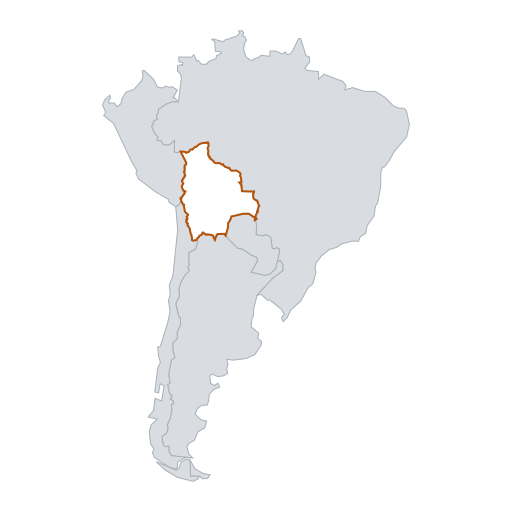 Bolivia highlighted among its neighbors
{"feature_id": "BOL", "entity_name": "Bolivia", "entity_type": "country or territory", "adm_level": 0, "iso_a3": "BOL", "parent_name": "South America", "parent_adm1": "", "projection": "robinson", "projection_center": [-65.153, -16.301], "detail": "fine", "context": "with_neighbors", "style": "outline", "palette": "amber", "viewbox_px": 512, "rotation_deg": 0, "n_neighbors": 5, "source": "natural_earth", "source_scale": "50m", "svg_char_len": 10888}
<svg xmlns="http://www.w3.org/2000/svg" viewBox="0 0 512 512"><path d="M190.0,460.2L195.1,468.8L202.4,473.1L210.1,474.9L207.6,478.4L202.4,478.8L199.6,476.3L190.4,476.1L190.0,460.2ZM257.1,295.2L253.6,308.9L253.5,316.3L252.1,318.0L251.0,326.7L258.7,333.1L257.7,338.2L261.5,341.4L261.1,345.1L254.9,354.6L245.7,358.6L233.4,360.1L226.7,359.4L228.0,363.8L226.7,369.4L227.7,373.1L224.1,375.7L217.9,376.7L212.1,374.0L209.8,375.9L210.6,383.3L214.6,385.5L217.9,383.2L219.7,387.0L214.2,389.3L209.4,393.9L208.5,401.3L207.1,405.2L201.5,405.3L197.0,409.0L195.3,414.4L201.1,419.8L206.7,421.2L204.7,427.8L197.9,431.9L194.3,440.4L189.1,443.2L186.9,446.6L188.9,454.0L192.7,458.1L171.5,455.7L169.0,451.5L168.8,446.2L165.1,446.7L162.9,444.1L162.1,436.4L166.4,433.2L168.0,428.6L167.2,424.9L170.1,418.7L171.9,409.0L171.1,404.8L173.7,403.4L173.0,400.6L170.2,399.1L172.0,396.0L169.3,393.2L167.6,384.7L170.0,383.2L168.7,374.2L171.3,360.0L174.9,357.3L172.9,350.1L172.7,343.2L177.3,338.4L177.1,332.2L180.5,324.9L180.4,318.0L178.8,316.7L175.7,303.8L179.4,296.1L178.8,288.9L180.9,282.1L185.0,275.1L189.5,270.5L187.6,267.6L188.9,265.2L188.6,252.7L195.6,249.1L197.8,241.3L197.0,239.4L202.3,232.7L210.8,234.5L214.5,239.9L217.1,233.9L224.4,234.2L237.2,248.0L242.5,249.1L250.3,254.6L256.8,257.5L257.7,260.8L251.2,272.2L264.7,275.3L269.8,274.1L275.7,268.4L276.9,261.8L280.1,260.4L283.2,264.7L282.9,270.7L273.1,277.8L257.1,295.2Z" fill="#d9dde1" stroke="#a8b0b8" stroke-width="1"/><path d="M190.0,460.2L190.4,476.1L199.6,476.3L197.8,479.1L193.2,481.3L177.4,477.4L164.4,469.6L156.3,461.6L176.5,470.4L179.3,467.2L181.0,462.3L186.0,459.3L190.0,460.2ZM180.7,201.0L183.9,206.0L184.8,211.4L188.2,214.6L186.2,221.8L189.8,230.2L192.3,240.5L197.0,239.4L197.8,241.3L195.6,249.1L188.6,252.7L188.9,265.2L187.6,267.6L189.5,270.5L185.0,275.1L180.9,282.1L178.8,288.9L179.4,296.1L175.7,303.8L178.8,316.7L180.4,318.0L180.5,324.9L177.1,332.2L177.3,338.4L172.7,343.2L172.9,350.1L174.9,357.3L171.3,360.0L168.7,374.2L170.0,383.2L167.6,384.7L169.3,393.2L172.0,396.0L170.2,399.1L173.0,400.6L173.7,403.4L171.1,404.8L171.9,409.0L170.1,418.7L167.2,424.9L168.0,428.6L166.4,433.2L162.1,436.4L162.9,444.1L165.1,446.7L168.8,446.2L169.0,451.5L171.5,455.7L190.3,457.8L185.3,457.7L177.7,462.0L177.0,468.7L174.7,468.9L168.3,466.6L154.5,457.5L152.5,453.0L153.8,448.8L150.7,444.1L149.2,431.7L151.3,424.7L157.2,419.1L148.2,417.0L153.5,410.5L155.0,398.4L161.6,400.9L164.2,385.7L160.1,383.7L158.6,392.9L154.8,391.9L157.8,367.7L160.4,362.6L158.4,355.3L157.7,346.9L160.2,346.7L167.7,322.8L170.1,311.7L168.5,300.5L170.2,294.3L169.3,285.1L172.9,276.0L177.7,229.4L175.7,206.7L179.0,204.8L180.7,201.0Z" fill="#d9dde1" stroke="#a8b0b8" stroke-width="1"/><path d="M283.1,321.7L281.5,317.5L284.4,314.0L280.9,308.9L269.8,300.0L267.4,300.2L261.3,294.4L257.1,295.2L273.1,277.8L282.9,270.7L283.2,264.7L280.1,260.4L276.9,261.8L279.2,253.1L279.3,249.0L277.0,247.7L274.6,248.9L272.2,248.5L271.0,238.8L269.8,236.6L265.5,234.6L262.9,236.0L256.1,234.6L256.6,224.5L254.8,220.3L256.8,218.8L256.2,214.6L258.0,211.3L259.2,205.4L257.7,200.8L254.2,198.7L253.6,195.7L254.5,191.4L242.1,191.1L239.6,182.4L241.5,182.3L239.9,172.6L236.1,170.4L232.0,170.5L224.9,166.8L222.3,164.0L215.0,162.8L207.9,156.1L208.3,142.7L199.8,143.9L190.6,149.7L189.1,152.0L180.9,151.5L177.2,152.8L174.2,152.0L174.6,140.6L169.2,145.0L163.4,144.8L160.9,140.9L156.6,140.4L158.0,137.2L154.3,132.7L151.5,126.0L153.2,124.6L153.2,121.4L157.2,119.3L156.5,115.3L158.2,112.7L158.6,109.2L166.1,104.1L172.4,101.6L178.4,101.9L181.4,78.2L180.4,73.9L177.5,71.2L177.5,65.8L181.2,64.6L182.5,65.3L182.8,62.5L178.9,61.7L178.8,57.0L191.7,57.2L193.8,54.6L197.0,61.4L198.2,60.5L201.8,64.4L206.9,64.0L208.2,61.7L215.8,58.7L216.6,55.5L221.3,53.4L220.9,51.9L215.4,51.2L214.7,41.5L211.8,39.6L213.0,38.9L223.1,41.7L225.0,40.0L237.1,36.0L239.5,33.2L238.6,31.0L242.0,30.7L243.6,32.4L242.7,35.7L245.0,36.8L246.5,40.3L244.7,42.9L243.6,49.3L245.8,56.5L249.9,60.0L253.1,60.4L253.8,58.9L258.9,57.3L261.0,55.3L269.9,56.3L270.0,51.1L275.8,51.0L282.4,54.1L284.5,52.1L285.9,52.4L286.8,54.5L290.0,54.0L292.5,51.2L298.4,38.8L300.6,38.5L306.0,55.7L309.5,56.9L309.7,62.0L304.8,68.2L306.8,70.4L318.5,71.6L318.7,79.1L323.7,74.2L342.9,81.4L346.1,85.8L345.0,89.9L352.7,87.6L365.5,91.6L375.3,91.3L385.0,97.4L393.3,105.8L398.4,108.0L404.0,108.3L406.4,110.6L409.4,124.6L406.6,136.9L393.7,152.2L389.3,160.6L384.3,167.1L382.6,167.2L380.7,172.7L380.7,186.7L377.6,203.1L375.5,206.1L374.0,216.0L367.1,225.8L365.7,233.5L360.3,236.7L358.6,241.2L351.6,241.2L341.4,244.0L336.8,247.3L329.5,249.5L321.8,255.5L316.1,262.9L315.0,268.4L315.9,272.6L312.8,283.7L308.2,287.8L300.7,301.0L290.5,310.4L287.3,317.5L283.1,321.7Z" fill="#d9dde1" stroke="#a8b0b8" stroke-width="1"/><path d="M178.4,101.9L172.4,101.6L166.1,104.1L158.6,109.2L158.2,112.7L156.5,115.3L157.2,119.3L153.2,121.4L153.2,124.6L151.5,126.0L154.3,132.7L158.0,137.2L156.6,140.4L160.9,140.9L163.4,144.8L169.2,145.0L174.6,140.6L174.2,152.0L177.2,152.8L180.9,151.5L186.6,163.5L185.2,166.1L184.8,177.7L182.2,181.4L183.4,184.1L181.9,186.7L184.8,192.9L179.0,204.8L175.7,206.7L169.1,202.4L168.5,199.4L155.6,191.9L138.7,179.1L135.9,173.0L137.0,170.8L131.3,161.0L113.6,123.5L103.7,115.6L105.8,112.3L102.6,105.2L104.6,99.9L109.8,95.2L110.6,98.3L108.7,100.1L108.9,102.9L114.3,103.1L117.1,106.8L120.8,103.8L122.0,98.7L126.0,92.2L133.9,89.3L141.1,81.5L143.1,76.6L142.2,71.0L144.0,70.3L153.5,79.2L157.4,87.1L162.3,88.0L165.9,86.0L168.3,87.3L172.3,86.7L177.3,90.2L173.1,97.8L175.1,97.9L178.4,101.9Z" fill="#d9dde1" stroke="#a8b0b8" stroke-width="1"/><path d="M254.7,218.0L256.6,224.5L256.1,234.6L262.9,236.0L265.5,234.6L269.8,236.6L271.0,238.8L272.2,248.5L274.6,248.9L277.0,247.7L279.3,249.0L279.2,253.1L275.7,268.4L269.8,274.1L264.7,275.3L251.2,272.2L257.7,260.8L256.8,257.5L250.3,254.6L242.5,249.1L237.2,248.0L225.5,235.8L228.0,226.9L228.2,222.9L231.4,216.3L242.7,214.1L248.7,214.2L254.7,218.0Z" fill="#d9dde1" stroke="#a8b0b8" stroke-width="1"/><path d="M181.2,200.4L181.2,200.1L181.2,199.5L180.9,199.1L180.5,198.8L180.3,198.5L180.5,198.1L181.3,197.4L181.7,197.3L181.8,196.9L182.1,196.7L182.8,195.6L183.2,194.9L183.7,194.5L184.2,194.2L184.4,194.0L184.3,193.2L184.3,192.7L184.5,192.4L185.0,192.1L185.4,191.8L185.5,191.7L185.1,191.1L184.2,190.8L183.6,190.8L183.3,190.6L183.1,190.3L181.9,187.2L181.7,186.5L181.8,186.2L182.5,184.7L182.8,184.2L183.3,183.5L183.2,183.2L182.3,182.0L182.0,181.5L182.0,180.9L182.1,180.2L182.6,179.8L182.8,179.3L182.9,178.7L183.1,178.5L183.4,178.2L183.7,177.8L184.1,177.4L184.4,177.1L184.4,176.2L184.6,176.0L185.2,175.8L185.3,175.5L185.1,175.0L184.8,174.4L184.6,174.1L184.3,172.6L183.9,171.9L184.1,171.6L184.3,171.2L184.5,170.5L184.6,169.7L184.5,166.5L184.5,165.9L184.8,165.5L185.3,165.0L185.6,164.8L186.0,164.5L185.9,163.9L186.2,163.5L186.4,163.1L185.6,161.4L184.8,159.8L184.1,158.4L183.2,156.8L182.7,155.7L182.0,154.3L181.4,153.2L180.6,151.5L181.3,151.5L182.8,151.6L184.3,151.8L185.3,152.0L185.8,152.2L185.9,152.6L186.1,152.8L186.5,152.7L186.8,152.7L187.6,152.3L188.3,152.0L188.9,151.7L189.2,151.4L189.9,150.3L190.4,149.7L190.9,149.5L192.0,149.4L192.3,149.6L192.7,149.5L193.1,148.9L193.6,148.2L194.7,147.3L195.3,147.1L195.6,146.8L196.2,146.8L196.7,146.4L199.2,144.3L200.2,143.7L200.9,143.6L201.4,143.4L202.3,143.1L204.5,142.8L205.9,142.7L206.4,143.0L206.9,142.9L207.3,142.4L207.7,142.3L208.0,142.3L208.3,142.9L208.5,143.5L208.4,144.0L208.4,144.6L208.6,145.5L208.5,146.3L208.0,147.4L207.7,147.8L207.6,148.2L207.7,148.8L207.9,149.8L208.4,151.1L208.4,152.1L208.1,152.7L208.0,153.3L208.0,153.7L208.1,154.1L208.3,154.2L208.4,154.6L208.4,155.2L208.7,155.7L209.2,156.2L209.4,156.7L209.3,157.2L209.3,157.5L209.5,157.6L209.8,157.4L210.0,157.4L210.3,158.1L210.5,158.8L210.6,159.2L211.1,159.4L211.7,159.6L212.0,159.8L212.6,160.4L213.1,160.9L213.7,161.2L213.9,161.8L214.3,162.6L215.4,163.0L216.7,163.1L217.5,163.3L218.5,162.9L219.1,162.9L219.8,163.2L220.1,163.4L220.6,163.9L221.4,164.4L222.0,164.6L222.5,164.3L222.9,164.2L223.2,164.3L223.4,164.9L223.5,165.4L223.9,165.7L224.7,166.5L225.2,166.8L225.7,166.8L226.7,167.3L227.9,167.8L228.4,167.9L229.0,167.8L229.4,168.0L229.5,168.6L230.5,169.8L231.0,170.3L231.5,170.7L232.9,170.7L233.3,170.8L234.0,170.7L235.8,170.5L236.2,170.5L237.2,171.0L238.5,171.8L239.3,172.4L239.9,172.7L240.2,173.2L240.4,173.8L240.6,174.4L240.4,175.0L240.2,175.3L240.1,175.6L240.2,176.2L240.6,176.8L240.8,177.4L241.0,178.5L241.2,178.9L241.4,182.4L240.5,182.4L239.4,182.5L239.7,182.8L240.7,184.1L241.6,185.3L241.7,187.2L241.8,188.5L241.9,190.2L242.0,191.2L244.2,191.3L246.8,191.4L249.9,191.5L252.6,191.6L252.9,191.6L253.4,191.5L253.7,191.3L253.9,191.3L253.9,191.7L253.8,192.2L253.8,192.8L253.0,194.0L253.0,194.4L253.1,196.0L253.3,197.2L253.5,198.4L253.8,198.8L254.7,199.4L256.1,200.5L256.6,200.6L257.1,200.5L257.4,200.9L257.4,201.7L258.2,203.7L258.7,205.0L258.9,205.5L259.2,205.7L259.2,205.9L258.9,205.9L258.7,206.2L258.3,207.7L257.7,209.6L257.3,210.9L257.7,210.9L257.7,211.3L257.8,211.9L257.3,212.0L257.2,212.2L256.7,213.3L256.1,214.7L255.4,216.2L255.0,217.1L255.7,217.8L256.7,218.9L256.6,219.2L256.1,219.3L255.7,219.4L255.4,219.8L255.2,220.2L254.8,220.3L254.9,219.0L254.8,217.9L254.7,217.7L252.8,216.4L251.1,215.2L248.8,213.7L245.9,213.7L242.9,213.8L240.0,214.5L237.2,215.1L235.8,215.5L233.1,216.1L231.5,216.4L231.1,217.6L230.5,219.4L229.9,220.5L229.2,221.6L228.1,223.2L228.1,225.1L228.1,227.0L227.4,229.6L226.8,231.7L226.2,233.9L225.8,235.3L225.7,235.7L225.1,235.1L224.6,234.3L224.5,233.9L224.4,233.9L221.7,233.9L219.1,234.0L218.8,234.1L218.4,234.1L218.2,234.0L217.9,234.0L217.5,234.2L217.1,234.5L216.1,236.7L215.6,237.6L215.3,238.4L215.0,239.9L214.9,240.1L214.6,239.6L214.1,238.3L213.9,237.6L213.6,236.7L213.1,235.7L212.5,235.3L212.1,235.2L211.5,235.0L210.6,234.8L210.2,234.7L207.4,234.7L207.2,234.6L206.1,234.8L205.6,234.7L205.0,234.1L203.7,233.0L203.5,232.7L203.0,232.5L202.7,232.5L202.3,233.6L202.0,234.3L201.7,234.8L200.8,235.1L200.0,235.5L199.5,235.6L199.3,236.0L199.1,236.5L198.9,237.0L197.7,237.7L197.4,238.1L197.3,238.8L196.6,239.7L196.4,240.1L195.3,240.3L193.9,240.6L193.1,240.6L192.5,240.5L192.4,240.3L192.0,240.1L191.9,239.8L191.9,239.4L192.0,238.6L192.0,237.6L191.5,236.4L191.6,236.0L191.5,235.5L191.3,234.4L190.7,233.8L190.5,232.9L190.5,232.1L190.0,231.1L189.9,229.8L189.9,228.7L189.1,227.5L188.3,226.1L187.7,225.9L187.5,225.4L187.5,224.8L187.5,224.4L188.0,223.8L188.0,223.7L187.9,223.6L186.6,222.7L186.3,222.4L186.2,222.1L186.2,221.8L186.5,221.6L186.7,221.3L186.4,220.7L186.4,220.1L186.2,219.9L186.2,219.7L186.4,219.5L187.2,219.4L187.5,218.8L187.5,218.3L187.4,218.0L186.6,217.1L186.6,216.9L187.4,215.7L188.0,215.0L188.1,214.8L188.1,214.6L187.9,214.4L187.6,214.1L187.1,213.8L186.7,213.4L186.2,212.8L185.5,212.3L185.1,211.8L184.8,211.3L184.8,210.9L184.7,210.2L184.4,209.0L184.3,208.2L184.2,207.3L184.1,206.8L184.0,206.2L183.8,205.6L183.6,205.2L183.8,204.9L184.0,204.6L182.7,203.8L182.5,203.7L182.2,202.4L181.3,201.3L181.2,200.4Z" fill="none" stroke="#b45309" stroke-width="2"/></svg>